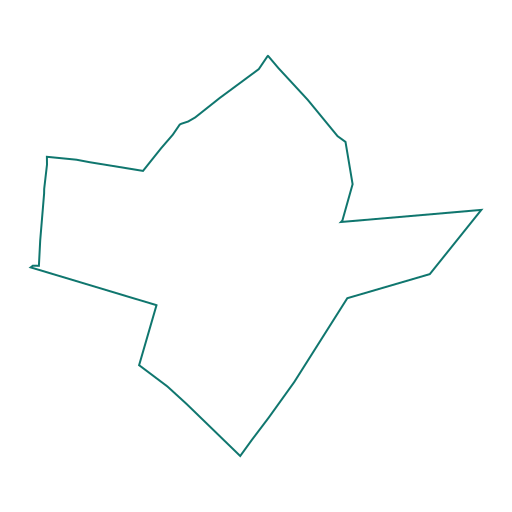 Plumtree, Matabeleland South, Zimbabwe
{"feature_id": "62879985B2376154175895", "entity_name": "Plumtree", "entity_type": "district", "adm_level": 2, "iso_a3": "ZWE", "parent_name": "Zimbabwe", "parent_adm1": "Matabeleland South", "projection": "albers", "projection_center": [27.803, -20.508], "detail": "fine", "context": "isolated", "style": "outline", "palette": "teal", "viewbox_px": 512, "rotation_deg": 0, "n_neighbors": 0, "source": "geoboundaries", "source_scale": "gbopen_adm2", "svg_char_len": 683}
<svg xmlns="http://www.w3.org/2000/svg" viewBox="0 0 512 512"><path d="M30.7,267.4L127.9,296.6L156.3,305.1L156.5,305.2L139.1,365.2L167.3,386.4L168.2,387.2L186.6,404.0L240.2,456.0L252.0,439.7L268.8,417.5L294.2,382.1L347.3,298.2L429.8,274.1L481.3,209.9L341.0,222.0L342.4,220.5L352.6,184.2L345.5,141.9L337.6,136.2L307.7,99.8L278.4,68.1L268.5,56.4L268.2,56.1L267.6,56.5L267.5,56.3L267.4,56.4L258.8,69.1L219.7,98.0L195.1,117.5L189.7,120.6L188.2,121.5L181.2,123.8L179.7,124.6L172.8,134.7L161.3,148.0L156.9,153.5L143.0,170.9L89.6,162.2L76.4,159.7L46.9,156.8L47.0,164.6L44.2,188.8L44.1,193.6L40.2,240.5L38.9,265.8L32.9,265.7L30.7,267.4Z" fill="none" stroke="#0f766e" stroke-width="2"/></svg>